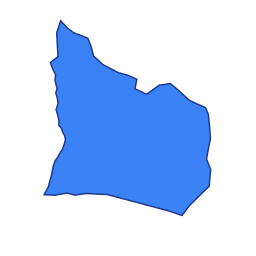 Platani, Cyprus, rotated 195°
{"feature_id": "46923920B1049795521369", "entity_name": "Platani", "entity_type": "district", "adm_level": 2, "iso_a3": "CYP", "parent_name": "Cyprus", "parent_adm1": "", "projection": "mercator", "projection_center": [33.769, 35.33], "detail": "fine", "context": "isolated", "style": "filled", "palette": "blue", "viewbox_px": 256, "rotation_deg": 195, "n_neighbors": 0, "source": "geoboundaries", "source_scale": "gbopen_adm2", "svg_char_len": 956}
<svg xmlns="http://www.w3.org/2000/svg" viewBox="0 0 256 256"><g transform="rotate(195 128 128)"><path d="M53.2,57.5L48.6,68.9L41.2,81.6L34.5,92.8L35.9,100.3L37.4,109.3L44.1,118.3L44.9,127.3L45.6,139.2L50.1,152.0L53.8,161.7L58.3,167.7L68.0,169.2L76.2,170.7L88.9,177.4L98.6,181.9L109.0,177.4L118.7,165.4L131.4,167.7L132.1,177.4L141.8,178.9L151.5,178.9L168.6,182.7L179.8,188.6L185.0,197.6L190.2,204.4L205.1,205.9L212.6,208.9L220.8,214.1L221.5,201.4L217.8,190.1L214.1,178.9L219.9,171.0L214.7,163.9L211.9,161.2L210.7,154.7L206.8,148.0L206.8,143.1L204.6,139.7L201.9,133.6L202.2,127.1L199.7,123.1L196.4,117.0L195.5,112.7L192.4,110.6L190.0,107.2L187.2,104.1L185.4,100.7L185.4,95.8L185.7,90.9L187.2,86.3L188.4,81.4L190.0,77.1L190.3,71.6L190.0,67.0L189.7,62.7L189.7,59.0L189.7,55.0L189.7,50.8L190.9,46.2L191.7,41.9L181.3,44.1L170.1,49.4L161.9,49.4L151.5,53.9L130.6,58.4L108.2,58.4L66.5,58.4L53.2,57.5Z" fill="#3b82f6" stroke="#1e3a8a" stroke-width="1.5"/></g></svg>